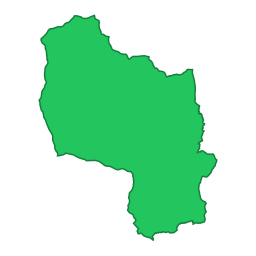 Mistrató, Risaralda, Colombia (Mercator projection)
{"feature_id": "7082276B87448620862857", "entity_name": "Mistrató", "entity_type": "district", "adm_level": 2, "iso_a3": "COL", "parent_name": "Colombia", "parent_adm1": "Risaralda", "projection": "mercator", "projection_center": [-75.911, 5.407], "detail": "fine", "context": "isolated", "style": "filled", "palette": "green", "viewbox_px": 256, "rotation_deg": 0, "n_neighbors": 0, "source": "geoboundaries", "source_scale": "gbopen_adm2", "svg_char_len": 5840}
<svg xmlns="http://www.w3.org/2000/svg" viewBox="0 0 256 256"><path d="M94.4,15.4L91.4,16.5L88.2,18.0L86.3,18.4L83.1,18.4L82.4,18.2L81.1,16.9L79.1,16.5L77.9,16.0L74.8,15.8L74.3,16.0L74.2,16.5L72.9,18.2L72.1,18.8L69.0,22.2L68.5,22.4L66.4,22.9L65.0,23.8L64.5,24.2L63.8,25.3L63.1,26.1L62.3,26.5L60.7,26.8L57.7,26.8L56.5,27.4L55.5,27.6L53.4,28.4L52.4,28.7L51.4,28.7L50.4,28.8L49.2,29.4L48.0,30.8L47.6,31.9L46.6,33.4L44.8,35.4L43.2,37.0L41.1,38.8L41.1,40.3L42.1,42.7L42.7,43.4L44.4,44.7L45.2,45.6L45.4,46.4L45.3,47.9L45.4,48.9L46.2,50.6L46.4,51.5L46.6,54.8L46.8,55.8L47.1,57.6L46.9,59.4L47.8,61.3L47.9,63.1L47.1,64.9L46.4,65.5L45.3,67.3L45.0,69.0L45.0,70.9L44.6,73.4L44.6,75.6L45.2,79.7L46.1,81.2L46.4,82.6L46.0,83.5L45.1,84.9L44.6,86.9L44.2,88.2L42.9,89.7L41.9,91.8L41.1,97.9L39.5,99.7L39.2,100.2L39.5,101.5L40.0,102.7L40.0,104.7L41.0,108.9L41.5,110.5L42.9,111.9L43.7,116.0L43.7,117.0L45.6,120.1L46.3,122.5L48.9,129.0L51.2,132.8L52.8,135.8L52.7,139.9L53.1,141.4L53.7,142.7L54.8,145.6L54.8,148.0L55.1,149.1L56.1,151.1L57.3,152.5L57.8,154.7L57.7,155.4L57.5,155.8L58.6,155.8L63.4,154.7L64.7,154.1L65.5,153.2L68.0,153.6L74.0,155.0L76.0,156.3L78.6,157.6L82.3,158.9L84.8,159.4L86.4,160.7L94.9,160.4L98.4,161.1L101.0,162.6L105.0,165.7L106.3,166.0L109.2,166.3L110.7,166.6L116.4,169.5L118.1,169.8L121.3,168.8L123.2,168.8L124.6,169.4L127.8,171.4L129.4,171.6L130.4,171.5L131.0,171.8L132.7,174.1L133.1,174.9L132.7,176.0L133.6,178.2L133.6,178.7L133.3,179.4L133.7,180.7L133.8,182.3L133.4,184.3L133.4,186.0L132.4,189.1L131.4,190.8L129.8,192.4L129.3,193.3L129.3,195.1L128.6,197.5L129.5,200.0L129.5,201.8L129.1,203.7L128.0,205.4L128.4,207.6L128.2,208.6L127.7,209.6L127.7,210.2L128.4,211.4L129.5,212.7L131.1,213.6L132.4,214.1L132.7,214.3L133.2,215.1L133.8,217.2L134.1,217.7L134.6,218.1L135.7,220.0L135.9,220.3L135.4,221.5L134.4,222.3L133.6,223.5L134.2,223.9L134.7,224.8L136.3,226.3L137.3,227.6L138.5,228.5L138.1,229.4L137.4,230.4L137.2,231.3L137.5,231.7L138.1,233.5L138.9,233.9L140.6,233.3L141.7,233.6L142.1,233.9L142.9,235.0L144.2,236.0L147.5,237.2L149.4,237.6L150.5,238.0L153.0,240.0L153.3,240.6L153.3,238.7L152.3,236.5L153.1,235.4L154.8,233.7L155.1,232.9L155.4,232.8L156.1,233.3L156.3,233.4L157.5,232.7L158.7,232.8L159.2,232.3L160.1,232.3L161.1,232.6L162.0,232.1L162.6,232.1L163.1,231.6L163.9,232.0L166.0,232.4L168.0,231.8L168.6,231.9L169.9,232.9L170.3,232.9L171.6,232.7L172.6,232.8L174.3,232.4L175.5,231.3L176.9,230.4L177.1,229.8L176.7,229.0L176.7,228.5L177.0,227.1L177.3,226.1L177.9,225.9L178.5,224.7L178.9,224.3L179.2,224.2L179.5,223.9L180.0,224.0L180.4,223.6L180.9,223.5L181.0,222.9L181.6,223.2L182.1,223.1L182.7,223.2L183.2,222.8L183.8,223.2L184.3,223.1L184.5,222.6L184.8,222.5L185.7,222.9L186.1,222.8L187.4,221.8L188.6,221.9L189.7,221.4L190.5,221.4L191.2,220.8L191.7,220.7L192.1,220.8L193.1,221.4L193.1,221.9L192.7,222.0L192.5,222.4L193.3,223.3L193.2,224.1L193.9,223.8L195.3,222.8L198.0,223.2L199.4,223.0L199.9,223.2L204.0,222.0L204.3,221.8L204.7,221.0L205.1,219.8L204.7,217.1L204.6,216.6L204.2,216.1L204.2,215.5L205.3,212.6L205.6,212.2L206.1,212.0L206.2,211.7L205.4,210.1L204.8,207.5L204.8,206.3L205.0,205.6L205.6,204.2L206.2,203.5L205.2,202.0L204.7,201.6L203.0,201.0L201.8,200.1L200.4,197.9L200.0,195.1L199.5,194.2L199.5,192.8L198.6,188.6L198.7,187.4L199.1,186.2L198.7,185.1L199.6,183.5L200.4,182.7L200.5,181.6L202.0,176.6L203.2,176.3L205.8,177.0L206.8,177.0L208.4,175.6L209.5,174.2L210.9,172.8L212.2,169.5L213.3,168.3L214.1,166.8L214.7,166.4L215.0,166.0L215.4,164.1L216.4,162.0L216.8,160.0L215.7,159.3L215.4,158.5L214.7,157.5L214.3,155.7L213.3,154.4L212.8,153.9L212.1,154.3L211.6,154.3L207.0,154.0L206.7,153.9L206.1,153.1L205.3,152.4L204.9,152.4L203.0,151.0L202.4,150.8L200.6,151.2L200.4,151.4L200.1,152.0L199.4,151.9L198.4,152.0L197.6,152.5L198.0,151.1L198.5,150.3L198.6,149.4L199.3,148.8L199.5,148.5L199.4,147.2L199.7,145.7L199.8,144.5L199.6,144.1L198.9,144.0L198.6,143.7L198.8,143.4L198.6,143.0L198.8,142.7L199.8,142.4L200.3,141.5L202.0,141.1L202.1,140.6L202.5,140.3L202.5,140.1L202.1,139.7L201.9,139.3L201.4,136.7L202.2,135.1L202.6,134.5L202.6,133.8L202.7,133.1L203.2,132.0L203.7,131.5L203.9,130.9L202.8,130.5L202.2,129.2L202.2,128.8L203.1,128.1L203.1,127.5L202.6,126.9L202.6,126.4L203.3,125.4L204.4,124.7L204.6,124.0L204.4,123.6L203.5,123.4L202.8,122.7L202.7,121.7L203.4,120.8L203.4,119.5L202.7,119.0L202.8,117.7L202.1,117.5L202.3,116.7L201.9,115.5L202.0,115.1L202.0,114.9L200.7,114.3L200.6,114.0L201.0,113.6L200.8,113.4L200.0,113.3L199.6,113.9L199.4,114.0L199.3,113.9L199.3,113.6L198.8,113.3L199.2,112.8L198.6,111.8L199.2,111.4L198.5,110.5L198.6,110.2L199.0,109.8L198.5,108.9L199.2,107.9L199.2,107.6L199.0,107.2L199.6,106.0L199.4,105.7L198.5,105.2L197.1,104.3L195.8,103.1L194.8,101.2L195.2,99.5L194.9,93.3L195.3,90.9L195.1,86.1L194.3,80.4L193.3,76.5L192.6,74.3L192.4,72.5L192.5,69.6L189.9,69.6L189.0,69.4L187.6,69.5L186.7,70.1L186.2,71.1L185.9,71.5L184.9,72.1L183.7,72.5L182.8,73.8L181.7,74.4L178.1,74.9L177.1,74.2L176.4,74.3L172.9,75.0L171.8,75.7L169.6,75.8L166.7,76.9L166.2,76.4L165.9,75.8L165.3,73.6L163.8,72.0L162.7,71.6L161.8,71.5L161.0,71.1L159.8,71.2L159.1,70.9L158.6,70.6L157.1,68.5L156.3,68.1L154.9,68.1L154.4,67.7L153.7,65.9L153.0,65.1L152.9,64.0L151.8,61.8L151.2,61.1L149.3,59.8L148.6,58.6L148.6,57.8L149.1,57.3L148.8,56.6L147.9,56.7L145.0,55.8L141.7,55.9L140.8,56.1L137.1,56.4L132.9,56.4L130.2,58.4L129.9,58.9L129.4,59.2L128.9,59.2L128.5,59.0L128.2,58.4L128.0,57.7L127.3,56.5L126.9,55.2L125.9,54.3L125.3,54.2L124.2,54.4L123.4,54.1L121.8,54.0L119.9,53.2L118.5,51.8L115.6,51.0L112.5,49.6L112.1,49.2L111.7,48.5L111.5,47.5L111.0,46.8L110.6,45.4L109.8,44.5L108.9,42.8L108.4,39.0L109.0,37.0L108.9,36.7L106.1,36.3L103.5,34.5L101.6,34.0L101.3,33.7L101.0,32.6L101.0,32.0L99.5,28.6L99.0,25.9L99.0,24.8L98.9,24.0L99.4,22.5L98.8,20.6L95.7,19.1L95.2,18.7L94.8,18.2L94.7,16.3L94.4,15.4Z" fill="#22c55e" stroke="#15803d" stroke-width="1.5"/></svg>